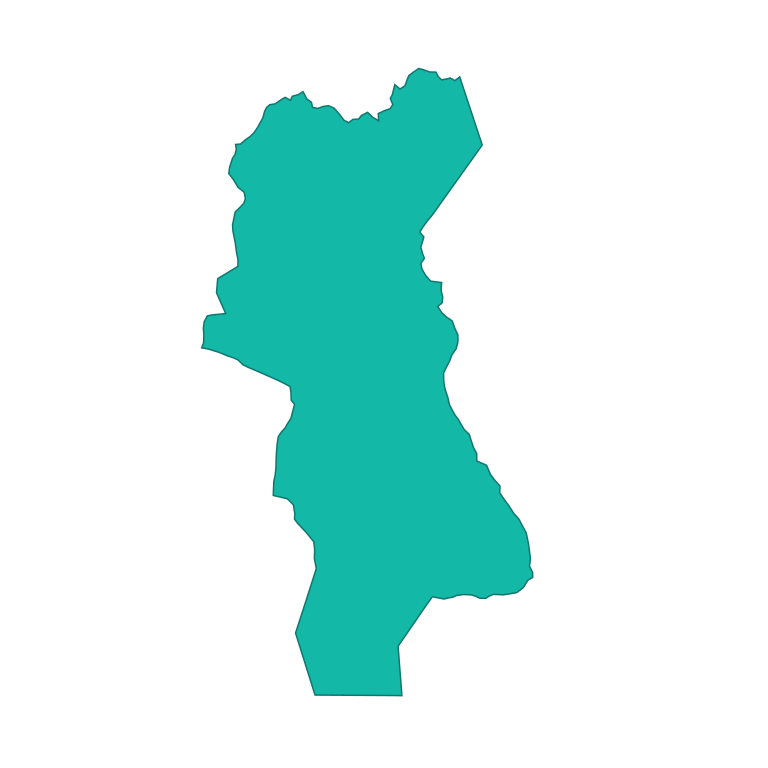 the district of Missão Velha, Ceará, Brazil, rotated 343°
{"feature_id": "56859067B60550898814299", "entity_name": "Missão Velha", "entity_type": "district", "adm_level": 2, "iso_a3": "BRA", "parent_name": "Brazil", "parent_adm1": "Ceará", "projection": "natural_earth1", "projection_center": [-39.144, -7.317], "detail": "fine", "context": "isolated", "style": "filled", "palette": "teal", "viewbox_px": 768, "rotation_deg": 343, "n_neighbors": 0, "source": "geoboundaries", "source_scale": "gbopen_adm2", "svg_char_len": 2707}
<svg xmlns="http://www.w3.org/2000/svg" viewBox="0 0 768 768"><g transform="rotate(343 384 384)"><path d="M468.8,303.8L464.0,301.7L458.6,299.2L455.5,292.2L453.9,285.1L454.6,279.4L459.4,275.6L459.0,270.4L459.2,263.9L461.8,260.1L465.1,255.1L462.7,249.2L466.9,245.4L473.5,240.5L479.5,236.6L547.8,184.2L546.2,112.5L540.5,114.6L536.9,110.8L532.3,110.5L528.0,110.0L525.8,106.1L524.8,100.9L518.9,99.0L514.3,95.5L509.5,92.4L502.9,94.5L498.1,96.2L495.0,99.8L491.3,104.9L485.5,106.6L481.9,100.9L479.0,105.6L476.6,109.7L473.5,112.8L474.1,119.4L470.4,122.5L464.9,122.7L457.6,123.7L455.8,130.7L451.2,125.6L447.7,119.4L440.7,120.7L437.3,123.2L431.5,121.9L426.7,123.7L422.9,120.2L420.1,112.6L416.8,105.4L412.2,101.6L406.9,100.8L401.2,101.1L396.5,98.5L397.0,93.4L393.5,88.8L392.0,80.7L386.9,82.2L380.5,82.0L377.5,85.3L373.3,81.0L368.2,82.2L361.9,84.3L356.4,83.5L352.5,85.3L349.5,88.4L346.1,93.9L338.2,101.6L333.1,105.7L328.3,108.2L323.2,109.8L317.0,112.6L312.1,111.5L311.4,116.2L308.7,120.9L305.0,124.0L299.7,131.6L297.1,137.3L299.7,144.4L302.0,153.4L306.3,159.7L305.6,166.3L302.8,170.1L298.8,172.5L292.0,176.0L285.7,187.5L284.2,193.8L283.1,205.1L281.5,214.5L280.7,222.4L278.7,228.8L255.8,234.6L253.6,240.0L250.5,247.8L253.2,270.3L248.8,269.5L244.4,268.6L240.0,267.7L235.0,267.2L230.3,271.8L227.5,278.0L226.1,284.3L223.5,291.9L220.2,296.1L226.6,299.4L230.9,302.4L235.8,305.7L242.0,310.9L247.7,315.0L251.4,318.3L254.7,324.3L258.8,328.2L264.3,332.8L276.2,343.0L283.2,349.1L289.2,354.7L293.4,359.1L292.6,364.9L290.5,372.3L292.5,377.3L284.9,389.7L279.7,394.1L276.5,397.2L271.7,400.0L267.4,403.6L264.4,409.9L261.5,417.1L258.9,424.2L256.2,432.4L253.2,439.5L250.1,445.0L245.5,458.2L258.0,465.5L262.0,473.0L260.8,481.8L258.9,487.2L260.9,492.5L266.0,502.8L270.7,514.3L269.2,522.4L266.4,530.5L265.3,540.7L246.6,567.7L226.6,596.3L227.1,661.3L303.0,685.0L310.0,687.3L320.8,638.9L356.4,610.6L368.0,601.6L378.6,607.2L383.2,607.4L387.4,608.0L391.7,607.5L398.2,608.5L405.6,611.1L409.3,613.6L413.3,617.0L418.8,618.7L422.9,617.5L427.1,617.2L432.4,619.0L436.5,620.5L443.3,621.5L449.9,622.3L457.4,619.6L464.4,613.6L469.7,612.4L471.0,607.7L469.9,600.7L473.0,593.9L475.4,579.5L476.0,573.1L476.5,568.0L475.4,562.7L473.5,552.7L470.2,545.4L468.0,537.6L465.2,529.5L462.9,521.9L465.1,515.5L462.0,508.9L459.4,501.8L458.3,491.7L450.2,484.7L452.3,477.8L451.0,470.6L450.8,463.0L450.8,457.2L447.3,450.8L444.6,439.3L442.9,434.7L441.6,428.8L440.5,422.9L441.1,415.6L440.9,407.2L441.6,400.8L442.7,396.0L444.3,390.8L448.0,386.8L453.3,381.4L457.6,375.9L463.4,371.3L466.9,365.6L469.0,358.8L468.0,351.3L467.7,343.7L463.4,338.3L460.0,332.6L458.1,325.6L463.4,323.3L465.6,318.0L466.0,310.9L468.8,303.8Z" fill="#14b8a6" stroke="#0f766e" stroke-width="1.5"/></g></svg>